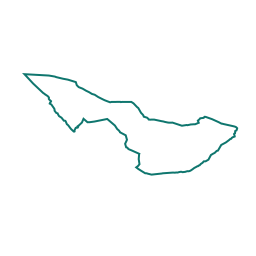 Santa María Tlalixtac, Oaxaca, Mexico (Equal Earth projection), rotated 96°
{"feature_id": "50627088B20001539199633", "entity_name": "Santa María Tlalixtac", "entity_type": "district", "adm_level": 2, "iso_a3": "MEX", "parent_name": "Mexico", "parent_adm1": "Oaxaca", "projection": "equal_earth", "projection_center": [-96.736, 17.917], "detail": "fine", "context": "isolated", "style": "outline", "palette": "teal", "viewbox_px": 256, "rotation_deg": 96, "n_neighbors": 0, "source": "geoboundaries", "source_scale": "gbopen_adm2", "svg_char_len": 2655}
<svg xmlns="http://www.w3.org/2000/svg" viewBox="0 0 256 256"><g transform="rotate(96 128 128)"><path d="M116.8,19.4L116.3,20.0L116.0,20.4L115.9,20.6L115.7,21.0L115.4,22.1L115.0,25.3L114.1,33.2L113.8,35.2L113.9,35.5L112.8,38.2L110.4,45.4L108.8,52.1L108.9,53.1L110.0,53.8L110.8,57.2L111.6,57.7L111.8,57.8L113.4,59.3L115.4,58.2L117.3,61.7L117.4,62.9L118.0,66.3L118.2,66.7L119.0,69.2L118.9,70.0L120.1,74.6L118.0,84.3L118.4,87.5L118.4,88.9L118.1,91.9L117.8,93.6L117.7,95.4L116.9,103.0L117.4,107.0L117.4,108.3L116.8,108.7L115.7,110.2L115.1,113.5L114.4,113.8L113.8,114.1L112.9,115.0L111.6,116.6L107.0,119.9L106.3,121.1L102.9,125.1L102.3,126.3L102.2,126.5L101.7,127.4L102.6,135.9L102.6,136.1L103.0,138.0L102.8,138.4L103.8,146.9L103.8,147.1L104.3,148.5L103.8,150.5L103.4,152.0L102.8,154.2L102.0,156.4L100.3,160.9L98.4,164.6L97.9,167.4L96.5,170.3L95.3,173.6L93.6,177.3L92.5,181.3L90.8,183.4L87.8,184.7L86.2,192.8L85.8,197.8L84.9,204.7L84.5,206.1L84.1,212.2L85.3,236.6L93.7,227.0L102.0,216.1L102.3,215.5L102.9,214.4L103.2,214.1L103.3,213.8L104.6,211.3L105.1,210.7L105.4,210.3L106.1,209.8L107.3,209.8L107.5,209.7L108.1,209.1L109.4,207.3L109.6,207.3L111.1,208.2L111.9,208.4L112.7,206.6L113.9,205.6L115.7,204.0L116.9,203.1L118.5,202.8L120.5,200.9L120.8,199.5L121.8,199.0L123.4,197.8L124.7,195.2L127.4,192.6L127.3,191.7L127.5,191.0L128.2,190.5L130.6,189.2L131.3,188.1L131.7,187.6L134.0,185.5L135.0,184.5L137.2,181.6L137.2,181.1L137.0,180.8L136.0,181.0L133.3,180.0L132.9,178.1L132.1,177.7L131.6,178.3L130.3,176.9L127.4,174.4L123.5,173.2L126.5,168.9L126.2,166.6L125.1,162.1L121.2,149.6L126.9,141.3L130.2,138.6L131.3,137.0L132.6,135.7L133.1,135.5L135.5,129.5L139.8,127.8L141.1,128.2L144.0,129.2L147.4,127.8L147.6,126.6L148.7,125.6L149.2,124.5L149.7,122.7L152.5,114.1L152.8,114.2L157.8,114.1L162.8,112.8L164.7,114.0L166.3,115.7L167.7,113.4L169.2,110.4L171.2,106.2L171.1,104.6L171.3,104.0L171.9,99.7L169.7,89.5L169.5,89.0L169.4,88.6L167.8,79.6L167.7,78.9L167.6,77.9L167.5,76.5L167.2,75.5L167.2,74.7L167.1,73.9L166.6,72.8L166.1,71.2L166.0,70.7L166.0,70.0L166.2,69.4L166.1,68.5L165.9,67.9L165.8,67.1L165.7,66.7L165.0,65.1L164.7,64.2L164.7,63.2L164.5,62.6L163.9,61.4L162.4,59.6L160.8,57.9L159.6,56.1L158.9,55.2L158.6,54.3L158.2,54.1L157.8,53.5L157.6,52.9L156.1,51.8L155.3,50.8L154.8,50.2L153.3,49.2L153.0,47.3L152.4,46.5L151.1,44.7L146.2,42.7L144.8,40.9L143.7,39.2L141.5,37.4L141.1,36.2L135.1,33.5L132.1,29.1L129.3,26.1L128.3,25.2L127.9,24.2L127.0,23.8L126.1,22.7L126.0,22.3L125.3,21.0L124.0,21.4L123.0,21.9L122.6,21.8L122.0,21.0L121.4,21.0L120.9,21.0L119.9,21.1L119.7,21.0L119.1,19.9L118.1,19.6L117.1,19.4L116.8,19.4Z" fill="none" stroke="#0f766e" stroke-width="2"/></g></svg>